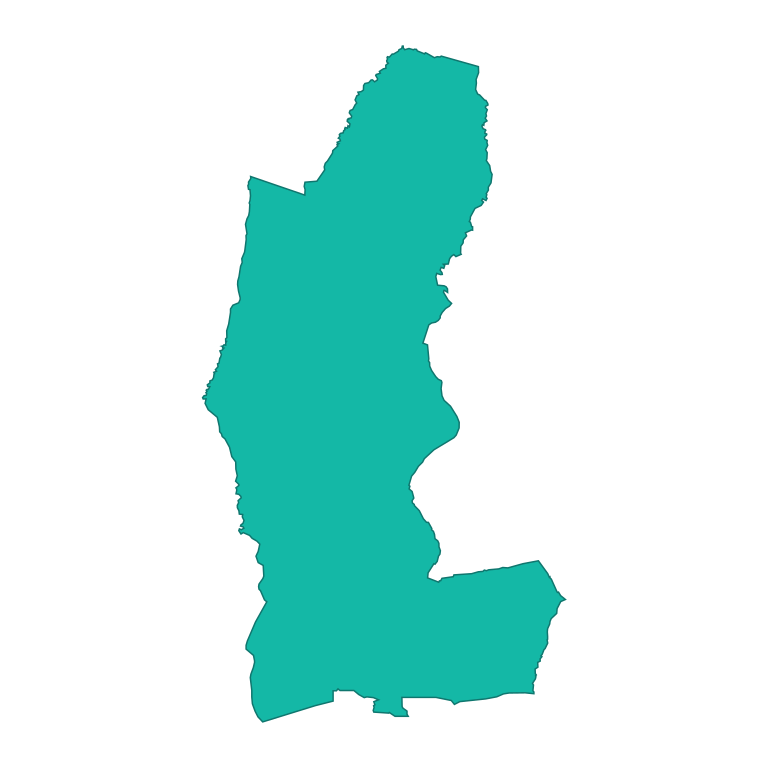 Beleti-Negresti, Arges, Romania
{"feature_id": "2599482B55152385179350", "entity_name": "Beleti-Negresti", "entity_type": "district", "adm_level": 2, "iso_a3": "ROU", "parent_name": "Romania", "parent_adm1": "Arges", "projection": "orthographic", "projection_center": [25.074, 44.954], "detail": "fine", "context": "isolated", "style": "filled", "palette": "teal", "viewbox_px": 768, "rotation_deg": 0, "n_neighbors": 0, "source": "geoboundaries", "source_scale": "gbopen_adm2", "svg_char_len": 6076}
<svg xmlns="http://www.w3.org/2000/svg" viewBox="0 0 768 768"><path d="M533.9,693.7L533.9,692.0L532.9,690.7L533.5,685.0L532.5,683.4L535.4,678.9L535.9,676.6L535.5,675.8L536.3,675.0L535.3,673.6L535.1,669.0L537.9,667.2L537.7,662.4L540.2,661.1L540.1,658.9L541.9,656.7L540.9,655.9L542.2,654.3L544.0,649.6L545.1,648.6L547.7,643.1L547.1,639.8L547.6,639.3L547.6,636.4L547.3,631.9L547.6,628.7L549.7,624.0L550.0,621.5L551.2,618.6L556.7,613.4L557.1,608.6L560.7,601.6L565.4,599.5L560.6,595.6L558.5,592.1L557.5,592.4L556.9,591.6L551.3,579.1L550.1,578.0L549.9,576.8L549.3,577.2L547.7,573.6L538.4,560.8L523.0,563.7L507.9,567.9L502.8,567.5L498.7,568.9L488.7,569.8L486.5,570.7L484.3,570.1L482.9,571.4L478.3,571.8L471.6,573.7L453.9,574.9L453.3,576.7L442.0,578.3L440.7,580.7L439.4,580.9L438.7,582.2L427.6,577.9L428.1,572.8L433.9,563.7L435.0,564.2L437.2,561.4L438.5,556.1L439.9,554.2L440.4,550.7L439.0,546.9L438.9,543.3L437.7,540.8L435.0,538.7L434.5,534.4L433.4,531.3L431.6,529.8L431.8,528.5L428.4,522.4L426.5,522.3L423.4,518.8L419.3,510.7L414.5,505.7L414.2,504.4L412.4,502.9L412.1,500.7L413.8,498.1L413.5,496.8L412.1,491.5L409.1,488.9L409.9,486.2L408.9,485.3L411.6,476.1L414.8,472.3L418.4,466.3L422.6,462.1L424.3,458.7L433.9,449.8L453.9,437.7L456.2,435.1L459.1,428.0L459.2,422.3L456.9,416.5L450.5,406.2L444.1,400.4L442.0,395.8L441.1,388.6L441.9,382.4L441.3,380.7L438.3,379.3L435.7,376.6L431.6,370.5L429.7,366.1L429.6,362.5L428.5,361.1L428.8,358.8L427.5,344.9L422.9,343.1L428.8,324.9L431.6,323.0L435.5,322.2L438.3,320.4L440.2,317.9L440.2,316.0L442.2,312.4L445.6,308.5L449.4,306.1L451.6,303.4L448.2,300.2L443.5,292.3L443.9,290.4L444.6,290.4L447.6,292.4L447.5,288.9L446.1,286.8L444.1,285.8L437.6,285.2L435.8,276.6L436.7,273.4L440.6,274.6L442.3,274.4L442.0,272.7L440.1,270.1L441.1,267.4L443.8,268.3L444.7,265.6L443.4,264.3L448.3,264.0L449.6,258.7L451.4,256.3L453.8,254.6L455.9,256.6L461.2,254.3L460.6,253.3L460.8,246.2L463.1,242.9L463.3,239.8L466.6,235.9L465.4,232.8L471.5,230.0L472.6,230.2L472.6,226.8L471.7,226.6L470.4,222.2L469.3,221.6L470.3,219.1L470.4,216.9L475.0,208.4L481.2,205.4L483.5,202.1L481.7,200.5L482.6,198.8L486.0,200.5L487.1,198.3L486.1,197.2L486.8,194.7L486.2,193.7L488.4,190.1L488.3,187.2L491.0,182.9L492.1,174.4L490.6,171.3L489.7,165.6L486.3,160.6L486.9,158.6L487.2,152.6L485.6,149.7L487.7,145.3L486.9,142.6L487.2,140.4L484.9,139.2L484.5,138.0L484.6,136.9L486.7,134.8L486.7,134.0L484.9,133.3L485.0,131.4L485.8,130.3L485.5,129.7L483.1,128.7L481.9,126.1L482.5,124.7L483.8,125.3L484.1,122.7L487.0,120.9L485.2,118.2L486.5,116.0L485.9,113.6L487.3,109.7L485.4,107.7L485.6,106.3L488.0,105.0L487.7,103.4L485.9,100.4L484.6,100.2L479.7,95.0L477.7,94.1L475.6,89.5L476.4,83.1L476.1,79.5L478.6,72.7L478.4,66.6L441.2,56.1L440.0,57.0L437.2,56.7L434.4,57.7L426.5,53.2L425.3,52.8L424.6,53.9L417.3,50.9L416.5,49.4L414.3,49.2L413.5,49.8L409.0,48.5L404.7,49.7L403.3,47.9L403.2,46.1L402.3,46.1L401.7,48.5L399.0,49.7L398.4,51.2L393.3,54.2L392.2,54.0L389.4,57.1L387.5,56.7L387.0,57.8L387.6,58.8L386.7,60.7L386.9,62.0L388.3,63.2L385.8,65.2L385.9,68.3L383.4,68.8L379.4,71.4L380.3,73.2L376.2,74.5L375.7,75.5L377.6,78.7L377.3,80.0L374.6,81.8L372.5,79.9L371.1,80.0L368.7,82.7L364.9,83.5L363.6,85.5L363.4,90.1L361.2,91.6L357.9,92.2L359.0,94.6L356.8,95.8L355.1,99.9L356.7,103.1L355.2,104.7L352.7,109.5L350.1,110.5L349.5,112.0L349.3,112.9L351.7,116.1L351.2,117.9L348.3,118.6L348.7,119.3L347.4,119.7L347.2,121.3L350.0,123.9L349.4,126.8L348.0,125.7L347.5,128.1L345.2,127.5L344.7,128.9L345.0,129.6L343.6,130.8L343.2,132.8L340.4,133.4L339.3,134.7L339.9,136.3L338.3,138.2L340.0,139.2L340.4,140.8L337.1,142.3L337.5,143.6L338.5,143.8L337.0,144.8L337.8,146.0L332.8,150.6L332.5,153.1L327.5,161.0L325.3,163.3L324.2,166.9L324.7,169.9L316.9,181.2L305.0,182.2L304.2,186.4L305.1,189.6L304.8,195.1L250.6,176.5L250.8,178.5L248.5,182.1L248.6,184.1L247.9,185.6L248.5,189.3L250.0,189.7L250.5,195.8L250.0,200.6L249.2,203.0L249.8,204.4L249.4,211.7L248.7,215.5L247.0,218.8L245.5,224.3L247.0,233.8L246.0,235.6L246.2,239.6L244.9,250.0L244.5,252.3L241.8,258.7L242.2,262.5L240.6,266.3L239.0,276.7L237.8,281.0L237.6,284.5L238.5,291.0L240.2,297.9L240.1,299.6L238.7,302.8L232.9,305.2L230.5,309.0L230.5,312.5L228.7,324.0L226.7,330.8L226.9,337.6L225.6,338.9L225.7,341.5L226.5,341.5L225.7,343.0L225.7,345.1L224.0,344.8L223.4,345.8L221.9,346.2L222.7,346.5L222.6,347.9L223.9,348.1L222.0,350.2L219.9,350.9L221.4,354.5L220.4,357.7L219.8,358.1L219.0,363.1L217.5,363.8L218.1,366.6L215.4,369.7L216.5,371.3L213.8,372.3L214.5,373.6L214.1,373.7L213.5,377.8L212.2,380.0L209.9,380.9L209.9,382.9L207.3,384.8L207.7,386.5L209.8,386.7L208.3,389.5L207.2,389.3L206.2,390.2L207.0,391.4L205.9,392.7L206.7,393.6L206.3,395.3L204.1,395.7L202.6,397.6L203.2,399.0L206.1,398.9L205.1,403.4L208.2,409.7L217.3,417.3L219.4,426.8L219.7,431.8L221.4,433.7L222.2,436.5L225.0,438.9L229.5,447.2L231.8,456.6L235.7,461.9L235.9,469.2L237.3,475.8L235.6,481.2L238.8,484.4L238.8,485.5L235.9,487.9L236.6,488.7L236.7,490.5L236.0,493.8L238.8,494.3L240.8,496.3L241.2,497.8L238.1,500.6L238.6,502.8L237.3,505.3L237.4,507.8L238.9,510.7L239.3,514.1L242.7,514.5L242.3,516.9L244.0,520.4L243.0,523.3L240.9,524.9L240.5,526.1L243.0,526.8L243.9,528.2L241.4,529.7L239.4,528.9L238.8,530.7L241.0,534.0L243.2,532.6L249.6,535.4L252.1,538.3L256.9,541.1L259.8,544.1L258.2,551.4L256.0,556.2L258.2,562.6L263.2,565.4L263.8,576.1L262.9,578.5L259.0,584.1L258.6,586.6L259.0,589.2L260.5,590.7L264.5,599.9L266.8,601.8L255.5,622.0L247.4,640.9L246.1,645.3L246.1,649.1L253.5,655.4L254.5,660.5L254.6,662.3L253.3,667.7L250.9,674.2L250.3,677.6L251.8,690.4L251.8,697.0L252.4,703.8L255.1,711.2L258.0,716.9L262.7,721.9L315.4,705.6L333.1,701.1L333.1,690.8L336.4,690.8L338.0,688.9L340.0,690.5L353.9,690.5L358.7,694.5L364.2,697.6L366.9,696.9L373.4,697.6L378.5,699.8L373.8,701.7L374.9,704.8L373.6,705.7L374.1,707.3L373.2,710.5L373.8,712.1L388.8,713.1L389.3,712.5L395.0,716.3L408.2,716.3L407.0,714.2L407.0,711.1L403.0,708.2L402.1,706.6L401.9,697.4L436.0,697.4L451.3,700.5L454.4,704.4L459.9,701.6L485.6,698.9L496.8,696.8L503.5,693.9L509.0,693.0L525.2,692.8L533.9,693.7Z" fill="#14b8a6" stroke="#0f766e" stroke-width="1.5"/></svg>